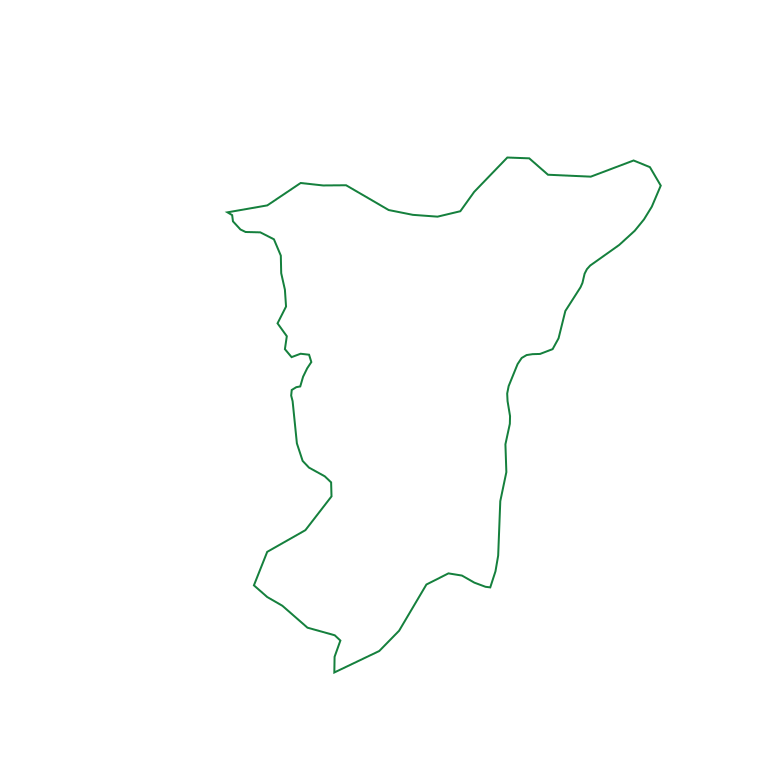 an SVG outline of Anambra, rotated 198°
{"feature_id": "NGA-2857", "entity_name": "Anambra", "entity_type": "State", "adm_level": 1, "iso_a3": "NGA", "parent_name": "Nigeria", "parent_adm1": "", "projection": "albers", "projection_center": [6.939, 6.235], "detail": "fine", "context": "isolated", "style": "outline", "palette": "green", "viewbox_px": 768, "rotation_deg": 198, "n_neighbors": 0, "source": "natural_earth", "source_scale": "10m", "svg_char_len": 1281}
<svg xmlns="http://www.w3.org/2000/svg" viewBox="0 0 768 768"><g transform="rotate(198 384 384)"><path d="M182.1,658.2L184.1,635.4L187.6,620.9L192.9,607.2L203.3,588.9L224.5,560.4L226.5,555.9L227.3,550.9L226.5,541.5L227.0,536.7L234.1,509.5L232.1,481.4L234.4,469.3L244.9,460.8L251.9,458.3L257.3,455.6L261.1,451.3L263.1,444.2L264.8,420.5L263.9,413.0L261.2,405.9L254.2,392.4L252.0,385.0L249.9,364.2L240.4,338.0L237.2,308.5L222.4,256.1L220.1,240.3L220.1,223.4L224.8,222.5L236.7,223.0L250.7,225.9L264.2,223.8L281.7,206.4L293.4,154.0L306.0,128.6L342.1,94.3L346.7,109.3L346.2,126.5L353.2,129.8L381.5,128.6L412.2,141.7L429.2,145.3L445.5,152.3L443.2,188.3L413.6,220.7L399.2,260.9L403.9,274.1L411.8,277.9L429.5,281.3L437.6,285.7L448.5,300.6L465.6,339.4L468.7,344.3L469.9,349.8L466.4,353.9L462.9,355.8L463.2,365.9L461.9,375.2L459.9,382.4L464.3,388.7L472.7,387.0L480.2,381.0L489.0,386.5L491.2,399.4L504.0,408.8L501.1,427.4L507.4,443.1L516.0,457.6L521.8,474.2L533.4,487.6L548.5,490.0L562.6,485.8L568.3,486.6L577.9,492.0L580.6,497.7L585.9,498.9L550.2,517.8L525.4,549.4L503.3,554.0L481.5,561.3L433.3,550.9L408.8,553.8L384.8,559.7L364.8,571.9L357.6,594.6L336.7,637.5L315.6,643.5L292.7,633.7L251.4,645.1L215.7,673.7L198.1,672.4L182.1,658.2Z" fill="none" stroke="#15803d" stroke-width="2"/></g></svg>